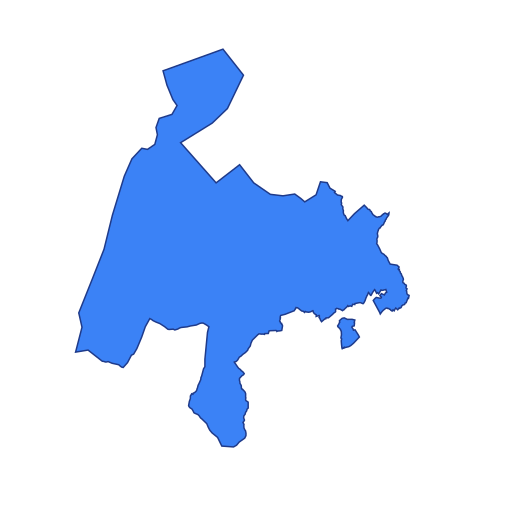 Egbeda, Oyo, Nigeria, rotated 194°
{"feature_id": "59680162B66692684641238", "entity_name": "Egbeda", "entity_type": "district", "adm_level": 2, "iso_a3": "NGA", "parent_name": "Nigeria", "parent_adm1": "Oyo", "projection": "equal_earth", "projection_center": [3.978, 7.391], "detail": "fine", "context": "isolated", "style": "filled", "palette": "blue", "viewbox_px": 512, "rotation_deg": 194, "n_neighbors": 0, "source": "geoboundaries", "source_scale": "gbopen_adm2", "svg_char_len": 6128}
<svg xmlns="http://www.w3.org/2000/svg" viewBox="0 0 512 512"><g transform="rotate(194 256 256)"><path d="M405.2,260.9L405.1,225.7L409.2,194.5L414.2,157.9L407.6,144.8L407.8,119.1L396.2,124.1L379.7,116.7L378.0,116.9L376.6,116.7L375.2,117.1L374.0,117.8L369.7,117.1L362.9,117.3L361.0,116.3L359.5,115.7L357.9,115.7L354.9,121.4L352.9,129.6L351.0,131.2L349.2,137.3L347.3,149.7L346.3,160.6L343.9,169.6L341.6,169.0L340.3,168.4L337.0,167.7L333.0,167.2L327.7,165.4L323.8,163.6L322.5,163.7L318.6,165.0L316.9,164.6L314.2,166.2L312.7,167.7L311.2,168.6L305.7,170.6L302.8,172.2L297.2,174.6L294.2,177.0L292.3,177.9L290.8,178.1L287.4,177.1L284.6,176.0L284.6,170.2L280.6,143.5L278.8,136.2L279.6,133.9L279.7,126.5L280.0,124.7L279.7,122.7L280.5,118.2L280.9,116.6L280.9,113.6L281.1,112.7L281.0,111.9L281.3,110.5L282.1,109.2L283.0,108.2L283.7,107.8L283.8,106.6L285.0,106.8L285.8,104.3L285.2,101.7L285.5,98.9L285.2,94.5L284.5,93.6L283.2,92.7L281.1,92.0L279.5,90.4L278.3,88.9L277.2,88.6L274.0,88.1L272.3,87.1L271.8,86.5L270.5,85.4L269.3,84.9L263.2,81.4L260.9,78.3L258.8,75.9L255.8,73.7L249.4,70.7L243.2,63.3L231.6,65.3L229.1,67.7L227.3,71.4L222.9,76.5L222.3,79.2L222.8,81.5L223.9,83.9L224.8,84.6L226.1,86.3L226.8,88.5L226.9,89.6L228.4,91.4L227.7,93.0L227.5,94.0L228.8,95.9L229.1,97.7L229.0,98.3L228.3,99.7L228.3,101.7L227.6,103.5L227.7,105.1L226.8,106.6L228.2,112.1L228.7,112.6L230.3,113.0L231.1,113.6L231.5,114.7L231.5,115.9L231.9,116.4L232.7,119.8L233.6,121.2L234.3,121.8L236.7,123.4L236.8,123.2L237.7,123.6L238.1,124.1L238.9,126.5L239.3,127.1L240.8,128.6L241.2,130.0L242.1,131.6L242.4,133.3L240.7,136.4L239.7,137.4L239.2,138.1L239.0,139.1L241.0,140.6L242.7,141.2L243.5,142.0L245.6,142.8L246.9,143.8L249.9,146.5L251.2,147.5L251.4,147.9L249.7,148.9L248.7,150.5L247.7,153.9L246.5,155.0L244.9,157.5L242.9,159.8L241.3,162.5L241.1,164.2L239.8,167.3L239.8,170.1L239.2,173.5L235.3,179.9L234.3,181.2L231.3,181.6L230.4,182.0L228.8,182.0L228.8,182.8L225.3,183.8L225.2,186.4L224.3,186.9L218.5,188.6L218.0,188.5L217.5,187.9L217.2,188.3L214.6,189.2L213.0,190.0L213.3,194.2L213.5,195.0L213.8,195.5L214.6,195.9L214.8,196.8L216.0,197.0L216.6,198.1L217.0,198.2L217.4,198.7L217.2,200.3L217.5,200.9L217.3,201.4L217.3,202.0L217.8,202.4L217.7,204.3L213.6,206.5L205.6,212.2L205.1,214.2L204.9,214.2L204.7,215.6L204.3,215.5L203.9,215.8L203.1,215.8L202.5,215.5L201.5,215.2L201.1,214.9L198.3,213.7L196.5,213.8L195.3,212.9L195.2,212.9L194.8,214.1L193.5,213.9L191.2,214.2L189.5,215.1L187.6,216.7L187.2,216.4L186.9,215.5L185.5,214.2L183.3,213.5L183.0,211.9L180.4,213.6L179.9,213.1L179.9,211.5L179.2,211.2L177.9,209.4L176.5,208.1L174.0,211.6L173.1,211.9L173.1,212.9L170.7,213.6L167.5,218.0L166.8,219.4L165.8,220.4L165.3,221.3L166.0,223.7L165.4,224.1L165.1,224.7L163.1,224.8L162.8,224.5L161.6,224.7L158.8,223.9L158.3,224.7L157.8,224.9L156.9,226.5L155.3,228.9L154.9,230.0L154.1,229.4L152.6,230.4L150.9,230.3L150.6,232.5L148.4,232.8L148.5,233.8L144.5,235.7L143.3,236.0L140.6,235.6L140.0,236.6L139.4,239.0L139.1,242.4L138.8,243.4L138.9,244.0L138.4,245.2L138.1,247.8L137.1,247.2L135.5,245.6L135.0,245.5L134.7,246.1L134.1,248.7L132.8,252.1L132.3,251.8L130.0,249.0L129.3,249.8L127.8,248.9L126.5,253.3L125.6,253.1L124.9,253.3L121.9,254.9L121.6,254.3L120.4,252.5L121.4,251.5L122.0,249.3L125.2,249.8L126.2,247.5L125.6,247.1L124.4,246.5L124.3,245.8L125.2,245.1L125.9,245.0L129.3,244.9L130.4,243.4L131.5,241.2L122.4,231.2L121.4,229.8L120.3,232.5L119.4,234.1L117.4,236.7L116.3,237.2L115.4,236.9L114.5,237.2L113.7,236.7L112.7,236.6L112.3,236.1L110.6,235.5L110.0,236.9L108.7,236.2L108.2,238.3L107.8,239.3L105.5,238.1L104.5,240.2L104.1,239.9L102.8,241.0L102.5,242.1L102.7,242.5L101.9,243.8L100.1,244.9L99.9,246.4L99.0,247.0L98.4,251.9L97.8,251.8L97.8,252.8L97.9,254.8L99.6,255.2L100.5,256.0L101.3,258.3L101.8,258.7L101.5,260.7L102.5,261.1L102.8,261.6L102.9,262.3L102.8,263.3L103.2,264.1L104.8,264.5L106.0,265.5L106.6,265.5L107.1,265.9L107.5,267.2L107.3,268.9L107.7,269.8L108.9,271.4L109.9,272.4L110.7,273.8L111.7,274.4L112.4,275.8L113.2,276.3L113.7,277.0L113.7,277.7L114.2,277.7L114.5,277.4L114.8,277.6L114.9,277.9L114.5,279.9L116.9,281.2L123.9,280.6L126.7,283.7L128.1,286.0L129.0,286.5L129.5,287.1L131.0,287.7L132.1,288.5L134.7,289.3L135.4,289.8L137.6,292.7L140.9,296.4L141.9,297.1L141.9,298.5L142.2,300.1L142.8,301.5L142.8,302.5L142.5,303.6L142.6,304.8L143.7,307.1L143.7,309.7L143.5,310.2L143.6,311.1L143.1,312.7L142.9,313.1L142.4,313.2L142.1,314.3L141.2,316.2L140.9,316.6L140.6,316.6L140.1,317.1L140.0,317.7L139.9,317.9L139.6,320.0L139.1,321.1L139.2,322.2L138.7,323.0L138.5,324.5L137.2,327.6L137.2,328.6L137.4,330.0L138.7,328.2L140.6,328.9L141.5,328.7L141.9,328.1L142.6,327.7L142.8,327.0L143.4,326.5L144.3,324.9L145.9,323.8L146.6,323.7L147.2,323.2L147.8,323.0L149.4,323.1L149.6,323.4L150.6,323.5L151.1,323.9L152.1,324.2L153.0,324.8L153.3,325.3L153.8,325.6L154.9,327.0L156.0,327.4L156.8,328.4L157.1,328.6L158.0,328.4L158.9,328.6L160.3,329.7L163.3,331.5L170.7,320.9L175.4,312.5L177.2,314.2L179.3,316.8L180.0,316.9L180.5,317.2L181.6,318.9L182.0,319.9L182.1,321.0L183.2,322.8L183.4,324.1L183.7,324.8L185.0,325.8L185.7,326.6L185.7,328.1L186.4,328.9L186.9,331.6L186.3,333.7L186.6,334.6L187.3,334.5L188.5,335.1L191.7,334.9L195.2,336.6L194.8,337.9L200.6,339.7L204.7,344.4L211.4,343.6L212.5,329.9L221.8,320.3L226.5,322.7L233.4,325.5L244.4,320.9L257.0,319.3L275.9,326.4L294.0,340.6L312.4,317.3L356.6,347.7L330.6,374.4L319.4,392.2L311.9,428.4L338.1,448.7L391.0,413.2L383.7,400.2L374.5,387.7L369.0,382.9L371.8,373.1L383.2,366.1L384.1,356.4L381.0,349.8L381.2,339.8L387.1,333.2L392.9,332.9L399.9,320.3L403.1,301.6L405.2,260.9ZM140.3,194.9L136.1,202.4L137.7,204.2L142.0,208.3L143.5,207.6L144.1,208.6L145.7,210.0L145.6,211.0L143.8,212.0L144.2,214.9L144.6,215.2L144.6,217.8L147.5,217.8L152.1,216.6L155.4,217.3L157.3,216.4L159.1,213.9L159.4,213.2L158.9,212.5L158.7,211.9L159.1,211.1L159.1,210.3L159.9,207.9L159.4,207.1L158.8,206.9L156.3,205.2L156.2,204.8L155.5,204.2L155.3,203.7L155.0,203.5L154.0,200.2L153.8,197.0L152.8,196.3L152.8,194.4L151.7,191.1L150.4,187.6L149.9,186.9L148.5,188.6L148.3,188.0L147.1,188.9L144.0,190.5L142.4,192.0L140.3,194.9Z" fill="#3b82f6" stroke="#1e3a8a" stroke-width="1.5"/></g></svg>